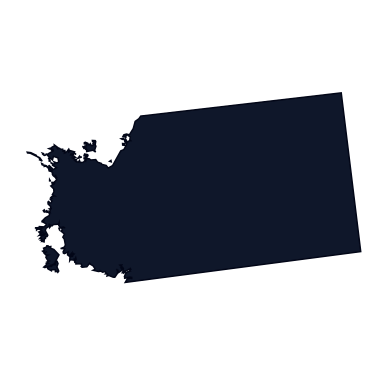 an SVG outline of Northern Territory, rotated 263°
{"feature_id": "AUS-2650", "entity_name": "Northern Territory", "entity_type": "Territory", "adm_level": 1, "iso_a3": "AUS", "parent_name": "Australia", "parent_adm1": "", "projection": "natural_earth1", "projection_center": [133.869, -18.484], "detail": "fine", "context": "isolated", "style": "filled", "palette": "ink", "viewbox_px": 384, "rotation_deg": 263, "n_neighbors": 0, "source": "natural_earth", "source_scale": "10m", "svg_char_len": 5794}
<svg xmlns="http://www.w3.org/2000/svg" viewBox="0 0 384 384"><g transform="rotate(263 192 192)"><path d="M110.4,114.7L113.7,117.2L114.0,120.1L113.2,122.3L114.4,121.2L114.3,122.6L115.2,119.8L114.5,114.1L115.2,115.2L116.3,114.6L119.0,116.1L120.8,118.7L121.0,121.2L122.4,120.5L122.7,121.8L123.7,121.5L121.5,116.3L122.2,114.0L124.6,114.6L127.4,112.9L128.2,113.4L128.2,111.4L124.9,113.7L124.2,113.7L124.8,112.5L123.5,113.1L122.5,112.3L121.0,109.3L123.4,109.0L124.7,107.6L122.5,108.5L120.1,107.9L116.8,105.0L117.1,103.3L119.3,99.3L119.0,97.4L120.9,98.2L121.3,96.2L121.8,97.0L123.6,96.1L123.3,93.5L125.1,91.2L124.5,91.1L124.5,89.4L126.4,84.3L126.9,85.9L127.8,86.3L130.8,84.8L133.0,81.9L134.4,82.4L130.6,78.5L130.7,73.7L131.7,72.9L132.5,73.8L134.2,73.0L134.8,68.0L135.6,68.2L136.5,67.1L137.7,67.6L137.6,66.4L139.0,68.8L141.0,68.6L138.5,67.1L139.6,66.6L138.9,66.1L139.6,63.0L138.8,62.3L142.6,63.0L142.7,66.2L143.1,65.2L144.7,67.3L144.9,66.4L146.0,67.1L144.2,64.6L146.0,65.2L144.4,63.3L143.3,63.3L143.3,62.3L144.8,60.8L147.5,61.7L146.4,57.8L147.0,56.9L148.4,56.8L151.2,58.8L151.9,54.7L152.8,58.4L154.7,59.9L160.8,59.5L162.9,58.3L165.8,60.3L169.3,57.1L169.8,58.6L171.7,58.3L172.4,60.2L171.8,61.8L172.9,60.1L172.7,57.0L175.0,55.7L177.1,56.6L178.5,56.6L176.3,55.2L176.6,50.5L175.5,49.1L177.4,46.4L175.3,45.5L173.7,42.6L171.5,41.7L166.7,43.6L165.5,42.8L165.5,41.4L163.8,40.9L164.3,39.9L160.5,39.1L160.9,38.1L161.8,38.4L161.4,36.8L162.3,37.2L162.6,36.1L163.6,37.8L164.4,37.3L164.4,35.2L166.3,37.3L166.8,36.9L166.7,39.5L167.3,38.9L167.9,41.1L168.4,41.2L168.1,39.9L169.0,39.9L168.1,38.9L167.6,35.1L169.9,38.2L169.8,35.9L171.0,35.1L171.6,38.5L172.8,37.0L173.4,37.4L177.0,43.3L178.1,43.3L179.9,41.0L181.0,41.4L180.5,39.7L181.3,39.5L184.3,43.3L186.0,47.4L187.7,48.0L189.3,47.1L188.9,48.6L190.4,47.9L190.3,48.8L191.7,49.3L192.6,48.4L192.7,50.9L193.1,49.7L194.9,49.9L197.6,47.7L199.6,47.8L200.1,48.6L198.4,49.6L198.3,50.6L200.1,51.9L202.2,50.4L202.8,52.2L203.7,51.2L204.7,52.6L204.7,55.4L206.4,53.1L209.0,55.0L212.0,55.1L215.2,52.6L216.9,56.4L218.8,56.8L220.7,59.3L222.1,58.9L223.4,60.1L222.5,58.6L225.8,58.7L223.5,57.8L225.3,56.1L227.0,55.5L227.8,56.1L229.2,55.1L230.1,55.8L232.4,54.1L230.0,55.0L229.7,54.3L230.3,52.8L232.9,52.5L235.4,50.4L235.4,48.5L236.5,49.0L235.9,50.5L232.5,53.8L236.1,53.1L231.2,57.2L232.7,60.4L235.4,57.0L236.0,57.6L238.6,55.1L236.4,58.3L237.2,59.4L238.7,58.7L237.3,61.4L238.0,63.4L242.2,63.1L244.3,58.8L240.8,57.4L247.9,51.4L246.2,53.4L247.3,53.6L249.7,59.3L251.2,59.4L251.3,58.5L250.0,58.1L251.5,57.2L253.6,58.5L254.5,61.1L255.5,61.1L251.6,65.2L252.3,63.4L251.1,63.8L251.5,65.9L250.4,66.8L250.2,68.9L248.7,68.9L248.7,71.4L247.8,69.6L247.3,70.8L246.2,70.2L246.5,71.8L249.6,74.9L248.2,75.3L247.7,74.2L246.6,74.5L247.9,76.2L246.2,80.2L245.6,79.6L243.4,81.5L244.6,79.8L244.3,76.4L243.6,76.0L243.2,78.5L242.1,77.8L242.0,79.2L240.5,80.6L240.3,77.6L238.5,79.9L238.5,81.6L237.7,79.6L236.8,81.1L236.5,80.4L236.0,81.0L235.4,82.8L237.0,84.1L234.9,84.7L234.7,87.8L236.2,89.4L235.5,90.2L237.0,90.8L238.2,88.9L239.0,89.1L237.4,94.2L236.1,95.4L235.9,100.4L233.1,101.9L231.5,105.4L230.4,105.9L228.8,110.1L226.0,111.7L227.9,116.4L241.5,126.3L242.4,129.5L247.0,132.9L248.2,132.7L250.5,135.9L250.4,137.5L251.7,136.7L254.2,137.5L255.4,136.0L262.1,141.4L269.0,144.2L271.2,148.2L273.6,150.4L272.2,352.2L112.3,352.2L110.4,114.7ZM156.3,41.3L156.1,42.6L155.1,43.0L155.1,45.2L153.5,44.7L151.8,47.9L145.8,52.3L137.3,46.3L134.9,36.8L135.5,35.7L137.6,38.8L138.9,38.6L138.6,40.9L140.2,39.5L140.9,41.7L141.4,40.6L145.0,39.0L146.5,39.9L146.9,41.3L147.4,39.2L149.3,37.8L150.5,41.0L150.2,37.7L151.5,36.5L152.0,38.4L154.3,37.8L155.1,40.8L156.3,41.3ZM255.3,99.4L254.8,102.2L253.9,102.6L250.8,101.7L249.1,102.2L245.3,100.4L243.4,101.2L245.5,98.8L245.0,92.4L246.9,92.7L247.2,91.7L248.4,92.3L249.0,91.5L248.0,89.6L248.8,90.3L250.6,88.8L249.8,90.8L250.7,91.2L250.8,92.9L252.3,93.1L252.9,91.0L254.0,91.1L254.4,92.1L253.1,94.5L251.5,95.1L251.4,96.2L252.3,96.9L250.3,97.8L250.3,99.0L250.9,100.3L251.9,99.5L253.5,100.7L254.2,99.4L255.3,99.4ZM136.4,47.4L139.6,48.4L139.7,49.6L137.3,50.3L134.1,48.8L129.8,50.1L128.6,49.0L129.5,48.5L129.6,46.7L131.6,46.8L131.9,43.2L130.9,42.9L133.2,39.7L134.5,39.2L135.5,41.7L135.3,43.5L136.7,45.1L136.4,47.4ZM173.6,35.9L174.0,34.3L173.2,33.1L174.8,33.2L175.6,31.8L175.3,35.7L176.3,36.2L175.6,39.8L173.6,35.9ZM257.1,131.4L257.5,134.0L256.9,135.6L255.2,132.7L254.4,132.9L255.5,130.2L257.1,131.4ZM251.6,33.3L250.7,36.8L247.4,41.9L246.4,42.0L250.2,36.2L250.8,33.5L251.6,33.3ZM242.8,90.0L241.8,93.0L241.1,93.1L240.8,91.2L240.4,92.9L239.7,92.4L239.6,90.4L240.5,90.8L241.1,89.2L242.8,90.0ZM243.5,45.3L246.4,42.3L244.5,45.1L240.9,47.1L242.5,44.6L243.5,45.3ZM248.6,129.0L248.1,131.1L246.5,130.9L247.0,128.9L248.6,129.0ZM176.0,46.2L176.4,47.2L175.4,47.8L174.0,46.3L176.0,46.2ZM242.0,54.2L243.4,53.5L242.5,54.6L240.0,55.0L240.0,54.1L242.0,54.2ZM249.6,131.7L250.4,132.5L249.5,134.1L248.6,132.8L249.6,131.7ZM252.0,131.2L252.6,132.1L251.6,131.9L251.8,132.9L250.7,133.4L250.7,131.4L252.0,131.2ZM240.2,86.9L239.3,82.7L241.3,84.8L240.4,85.1L240.2,86.9ZM119.5,113.3L121.0,115.1L121.1,116.8L119.5,113.3ZM189.5,45.6L191.8,45.3L189.5,46.5L189.5,45.6ZM236.8,47.5L237.3,46.5L238.6,46.3L237.8,47.5L236.8,47.5ZM253.7,130.1L252.8,131.1L252.7,129.3L253.5,128.2L253.7,130.1ZM191.6,42.1L192.3,43.2L190.1,44.0L190.1,42.9L191.6,42.1ZM232.5,114.0L233.2,115.4L231.8,115.5L232.5,114.0ZM216.7,54.5L218.1,55.2L217.7,56.2L216.7,54.5ZM170.9,55.8L172.2,55.5L172.1,56.6L170.9,55.8ZM248.7,48.3L248.2,49.4L247.1,49.3L247.3,49.0L248.7,48.3ZM121.6,113.8L121.5,114.7L121.0,113.4L121.6,113.8ZM218.6,54.1L218.5,54.9L217.7,54.2L218.6,54.1ZM221.6,52.2L220.5,52.7L220.2,52.5L220.4,52.0L221.6,52.2ZM246.4,51.4L246.3,49.8L246.7,49.4L246.4,51.4ZM252.5,55.3L252.7,56.5L252.1,56.0L252.5,55.3Z" fill="#0f172a" stroke="#020617" stroke-width="1.5"/></g></svg>